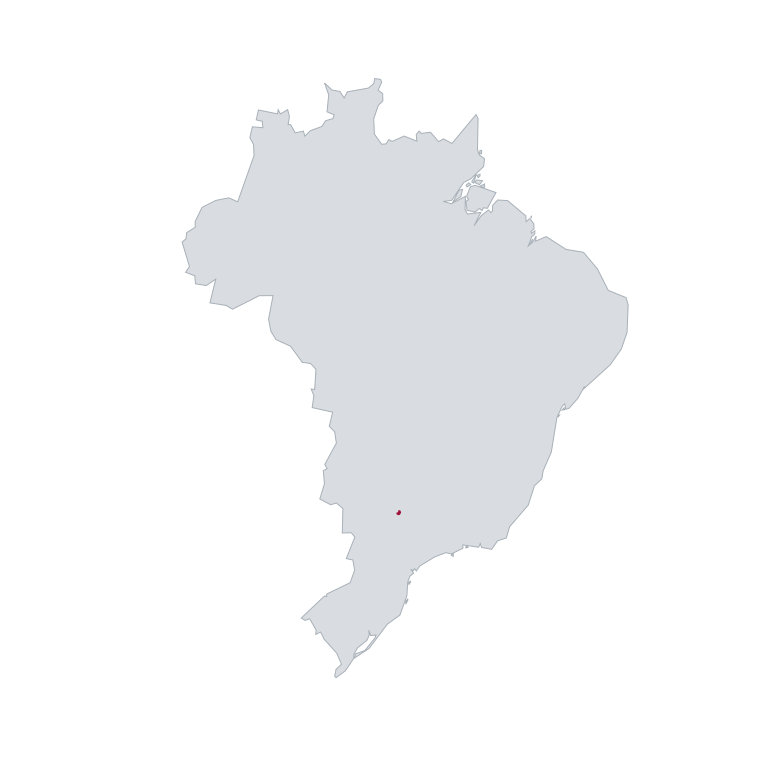 Parapuã, São Paulo, Brazil (highlighted), rotated 12°
{"feature_id": "56859067B12520903769372", "entity_name": "Parapuã", "entity_type": "district", "adm_level": 2, "iso_a3": "BRA", "parent_name": "Brazil", "parent_adm1": "São Paulo", "projection": "equal_earth", "projection_center": [-50.833, -21.829], "detail": "fine", "context": "in_parent", "style": "filled", "palette": "rose", "viewbox_px": 768, "rotation_deg": 12, "n_neighbors": 0, "source": "geoboundaries", "source_scale": "gbopen_adm2", "svg_char_len": 4538}
<svg xmlns="http://www.w3.org/2000/svg" viewBox="0 0 768 768"><g transform="rotate(12 384 384)"><path d="M238.7,149.7L244.9,156.8L252.6,153.4L255.0,158.0L259.4,151.5L269.8,144.9L272.1,138.6L278.8,135.1L279.3,131.0L271.7,129.6L269.8,112.6L263.2,101.9L272.1,107.3L280.0,107.0L285.6,112.5L287.3,105.9L307.2,97.8L311.6,92.2L311.4,87.1L317.3,86.8L319.0,89.2L317.1,97.8L322.3,100.2L324.0,107.2L320.5,112.6L318.8,126.7L322.6,141.5L331.9,150.0L336.0,148.7L338.0,144.0L341.6,145.0L352.2,137.3L365.7,139.7L363.7,133.4L365.8,129.3L368.4,131.1L377.1,128.1L387.0,135.6L391.2,131.9L400.5,134.6L418.0,101.3L420.8,104.7L426.7,135.4L429.7,140.2L435.5,142.8L436.2,150.6L426.2,165.3L420.1,170.2L412.0,190.3L404.0,193.1L412.4,193.7L424.6,183.5L427.0,196.4L430.3,200.4L443.0,196.0L439.2,210.5L444.2,198.9L450.0,192.1L452.9,194.1L454.2,192.1L453.1,186.8L456.9,180.4L466.8,178.9L487.8,190.1L489.3,195.7L492.3,191.8L497.2,196.2L498.5,201.0L496.0,204.3L497.1,206.0L499.7,202.8L500.3,205.9L497.9,209.1L496.4,219.0L499.7,215.0L502.1,207.5L502.5,212.8L512.0,206.1L534.1,214.5L551.7,213.7L568.9,227.1L583.9,245.8L602.8,249.2L606.4,256.0L611.0,282.9L608.9,300.3L601.4,318.0L580.6,346.9L580.6,344.6L576.6,357.7L570.1,369.2L567.1,371.0L564.9,365.8L563.0,368.4L560.1,380.7L561.8,415.8L557.7,435.9L558.1,443.9L552.3,452.3L550.3,472.4L536.5,497.6L535.7,509.1L527.7,513.8L523.7,523.3L513.4,523.6L511.3,520.0L510.5,524.0L494.6,525.0L495.3,528.3L485.2,536.2L479.6,536.1L469.5,542.6L456.9,554.5L454.5,560.2L452.3,558.1L451.5,560.6L448.6,559.5L452.3,562.9L449.3,566.6L448.4,572.8L450.4,586.5L447.6,606.8L437.2,618.2L424.4,645.7L412.3,658.0L412.1,653.9L420.6,648.8L428.1,633.9L428.3,631.2L423.3,632.8L420.3,628.0L421.8,632.8L420.5,638.4L413.0,647.5L410.7,654.7L411.4,658.8L405.8,672.6L398.2,681.2L396.5,680.0L396.4,673.1L400.7,666.9L393.8,657.2L378.4,646.0L373.6,639.8L369.3,643.1L368.8,638.8L360.1,629.1L356.0,631.6L351.7,630.2L369.9,603.7L372.1,603.9L371.7,601.3L392.2,585.4L394.0,572.2L390.1,562.6L383.4,562.6L387.3,539.8L383.0,536.3L374.2,538.4L369.7,514.4L362.3,510.3L356.9,513.2L345.1,509.8L346.5,494.0L342.6,481.4L345.9,478.6L342.8,475.0L349.7,451.7L345.7,441.0L339.3,436.8L339.6,422.2L318.7,422.0L317.8,409.9L313.8,404.0L317.3,403.8L314.4,383.8L307.8,379.2L299.6,379.8L284.7,366.5L269.1,363.0L262.3,355.8L257.6,344.5L257.1,320.6L243.5,323.6L220.3,342.3L213.2,340.0L196.9,340.8L197.6,316.4L189.7,324.6L178.8,325.2L176.4,317.5L166.7,316.0L169.3,309.5L157.0,287.1L160.1,283.2L159.6,276.9L166.7,270.0L165.5,264.3L169.3,249.1L181.3,239.4L193.4,234.2L203.0,236.2L209.4,187.6L206.6,176.8L201.6,171.0L201.8,159.8L212.2,158.5L210.4,152.4L204.1,152.2L204.2,142.1L223.6,141.9L223.5,137.7L226.4,141.4L232.7,135.7L235.9,142.1L236.3,150.3L238.7,149.7ZM432.1,170.7L453.7,173.5L448.6,190.6L444.6,191.0L443.9,193.9L440.8,192.5L437.3,196.9L429.1,196.8L426.2,188.3L428.3,186.1L425.8,183.0L427.5,173.1L432.1,170.7ZM413.7,191.3L417.0,179.0L420.4,177.3L420.2,184.8L413.7,191.3ZM438.1,164.6L436.0,169.2L431.1,168.1L431.9,165.2L438.1,164.6ZM430.7,159.6L429.9,168.9L427.8,168.0L430.7,159.6ZM441.5,170.6L438.4,171.1L437.0,170.3L440.8,167.5L441.5,170.6ZM427.4,170.9L424.2,174.0L423.0,172.4L425.2,169.6L427.4,170.9ZM433.2,162.7L431.7,160.7L434.3,158.8L434.6,160.6L433.2,162.7ZM431.5,138.5L429.7,138.9L429.3,135.5L431.0,135.3L431.5,138.5ZM451.1,594.9L450.5,592.1L451.9,589.5L452.3,590.3L451.1,594.9ZM487.1,535.0L487.5,538.2L485.4,537.6L487.1,535.0ZM450.2,574.8L449.3,573.1L450.7,571.4L451.2,572.1L450.2,574.8ZM499.2,212.9L497.8,216.4L499.2,211.4L499.2,212.9ZM565.9,371.5L563.7,372.5L565.1,369.8L565.9,371.5ZM500.3,526.3L498.1,527.3L497.7,526.7L499.0,525.3L500.3,526.3ZM562.2,377.8L561.4,379.7L560.9,378.5L562.2,377.8ZM493.4,188.7L493.5,190.6L492.9,190.3L493.4,188.7Z" fill="#d9dde1" stroke="#a8b0b8" stroke-width="1"/><path d="M426.4,507.3L426.5,507.2L426.6,506.9L426.8,506.9L426.7,506.9L426.7,506.7L426.6,506.4L426.6,506.2L426.4,505.8L426.3,505.7L426.1,505.4L426.0,505.2L425.9,505.1L425.7,505.0L425.7,504.9L425.5,504.7L425.4,504.4L425.4,504.5L425.3,504.8L425.2,505.0L425.3,505.1L425.2,505.1L425.2,505.3L425.1,505.5L425.1,505.8L425.2,506.0L425.3,506.0L425.3,506.3L425.3,506.5L425.2,506.6L424.9,506.7L424.9,506.8L424.7,506.9L424.7,507.0L424.5,507.3L424.4,507.4L424.4,507.5L424.2,507.6L424.1,507.8L424.0,508.0L423.9,508.0L424.0,508.2L424.1,508.3L424.3,508.4L424.5,508.4L424.5,508.5L424.8,508.6L425.0,508.6L425.3,508.5L425.3,508.4L425.5,508.3L425.7,508.2L425.8,508.2L425.8,507.9L426.0,507.9L426.0,507.7L426.3,507.5L426.3,507.4L426.4,507.3Z" fill="#f43f5e" stroke="#9f1239" stroke-width="1.5"/></g></svg>